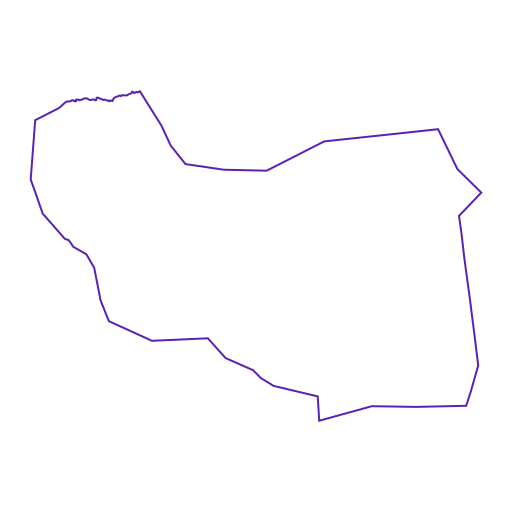 Bayan-O'njuul, Töv, Mongolia
{"feature_id": "93677404B80722080120320", "entity_name": "Bayan-O'njuul", "entity_type": "district", "adm_level": 2, "iso_a3": "MNG", "parent_name": "Mongolia", "parent_adm1": "Töv", "projection": "robinson", "projection_center": [105.656, 46.921], "detail": "fine", "context": "isolated", "style": "outline", "palette": "violet", "viewbox_px": 512, "rotation_deg": 0, "n_neighbors": 0, "source": "geoboundaries", "source_scale": "gbopen_adm2", "svg_char_len": 2423}
<svg xmlns="http://www.w3.org/2000/svg" viewBox="0 0 512 512"><path d="M319.2,420.3L319.2,420.7L371.8,406.2L416.0,406.9L466.2,405.8L471.0,390.9L478.2,365.5L474.9,338.3L469.6,296.9L464.5,259.6L461.4,232.8L459.0,215.9L481.3,192.6L457.4,169.1L438.1,129.2L353.2,138.3L324.2,141.4L266.6,170.7L223.5,169.7L185.5,164.1L170.8,145.7L161.3,125.4L147.9,104.1L140.0,91.3L139.7,91.4L139.3,91.5L139.1,91.6L138.8,91.8L138.5,92.1L138.2,92.3L137.6,92.3L137.3,92.2L136.9,91.9L136.5,91.9L136.2,92.0L135.9,92.2L135.6,92.4L135.2,92.6L134.8,92.9L134.4,93.0L134.2,93.0L133.9,92.8L133.5,92.5L133.3,92.2L133.1,92.0L133.0,91.9L132.8,91.8L132.7,91.7L132.4,91.8L132.1,91.8L132.0,92.1L131.8,92.4L131.7,92.9L131.5,93.2L131.0,93.5L130.4,93.7L129.7,93.8L129.2,94.0L128.6,94.3L128.1,94.6L127.6,95.0L127.2,95.3L126.5,95.4L126.0,95.4L125.1,95.4L124.4,95.3L123.8,95.3L123.2,95.3L122.7,95.1L122.4,95.1L122.0,95.2L121.6,95.6L121.0,96.0L120.7,96.1L120.3,95.9L119.9,95.6L119.4,95.6L118.9,95.7L118.4,96.1L117.7,96.3L116.7,96.8L115.4,97.2L114.6,97.6L113.9,98.2L113.4,99.0L113.1,99.4L113.0,99.9L112.8,100.4L112.5,100.9L112.1,101.1L111.6,100.9L111.1,100.7L110.7,100.4L110.1,100.4L109.7,100.8L109.4,101.2L109.0,101.2L108.6,101.1L108.4,100.9L107.8,100.5L107.3,100.3L107.0,100.4L106.3,100.3L105.7,100.0L105.3,99.8L104.8,99.7L104.2,99.8L103.8,99.9L103.3,100.0L102.7,99.6L102.3,99.4L101.6,99.1L101.0,99.0L100.4,98.8L99.8,98.5L99.3,98.2L98.8,97.9L98.3,97.8L97.7,97.6L97.4,97.6L97.0,97.7L96.6,97.9L96.4,98.3L96.3,98.8L96.3,99.9L96.1,100.1L95.7,100.3L95.2,100.2L94.9,100.2L94.4,100.1L94.2,100.0L93.9,99.7L93.7,99.5L93.5,99.4L93.1,99.4L92.6,99.5L92.1,99.6L91.6,99.8L91.2,99.9L90.8,100.0L90.3,100.1L89.8,99.9L89.2,99.8L88.4,99.3L87.8,98.9L87.2,98.6L86.2,98.3L85.2,98.4L84.3,98.5L83.2,99.0L82.6,99.3L82.3,99.4L82.0,99.5L81.6,99.6L81.3,99.6L81.0,99.8L80.7,99.9L80.4,100.0L80.2,100.0L79.9,100.2L79.5,100.3L79.1,100.3L78.8,100.1L78.6,99.7L78.3,99.6L77.8,99.6L77.4,99.6L77.1,99.5L76.6,99.5L76.3,99.6L76.1,99.8L76.0,100.0L76.0,100.5L76.1,101.0L75.9,101.3L75.7,101.4L74.5,101.2L74.2,101.1L73.8,100.9L73.7,100.5L73.3,100.3L72.9,100.2L72.5,100.3L72.2,100.3L71.7,100.4L71.1,100.8L70.4,101.2L66.0,101.8L59.2,107.9L35.2,120.2L30.7,179.6L34.2,189.2L42.7,213.6L64.8,238.8L68.8,240.2L73.4,246.9L86.3,254.2L94.2,267.8L100.6,300.5L108.9,321.2L151.9,340.8L207.9,338.3L225.6,358.1L253.1,370.2L260.9,378.1L273.6,385.9L317.7,396.4L319.2,420.3Z" fill="none" stroke="#5b21b6" stroke-width="2"/></svg>